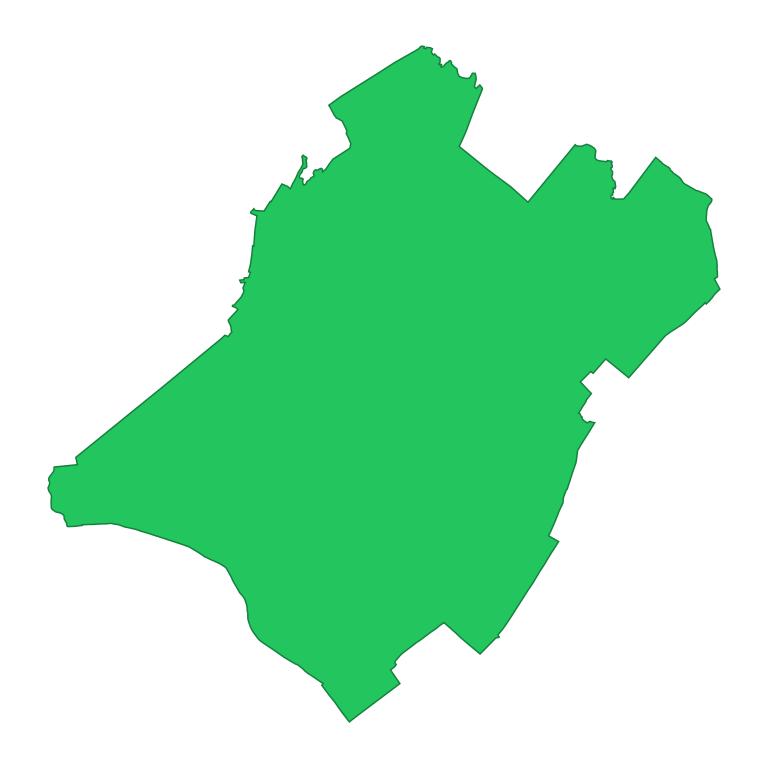 the district of Rociu, Arges, Romania
{"feature_id": "2599482B73415645943842", "entity_name": "Rociu", "entity_type": "district", "adm_level": 2, "iso_a3": "ROU", "parent_name": "Romania", "parent_adm1": "Arges", "projection": "orthographic", "projection_center": [25.019, 44.661], "detail": "fine", "context": "isolated", "style": "filled", "palette": "green", "viewbox_px": 768, "rotation_deg": 0, "n_neighbors": 0, "source": "geoboundaries", "source_scale": "gbopen_adm2", "svg_char_len": 6037}
<svg xmlns="http://www.w3.org/2000/svg" viewBox="0 0 768 768"><path d="M719.9,289.2L714.4,279.0L717.5,276.9L717.3,270.8L717.0,269.4L717.1,267.1L717.2,266.0L716.7,260.2L715.2,254.9L713.6,247.8L710.7,231.0L710.6,229.5L709.6,228.5L709.0,226.6L706.5,221.1L706.1,219.6L706.7,212.8L706.6,211.9L707.1,209.3L708.2,206.1L708.7,205.2L710.9,202.5L711.8,200.6L711.8,199.3L711.6,198.7L710.7,198.2L708.0,195.5L705.8,194.0L698.0,190.9L696.0,190.4L687.7,185.6L685.4,184.4L683.2,182.8L680.8,178.8L678.7,176.8L673.3,173.1L672.0,171.4L670.5,170.4L670.2,169.2L669.5,168.2L668.7,167.4L667.0,166.5L662.1,163.4L661.7,162.4L659.8,161.0L658.8,160.0L655.7,157.4L628.8,193.2L623.7,198.9L623.0,199.1L621.9,199.0L620.7,199.1L617.2,199.1L615.8,199.3L614.0,198.3L613.6,197.6L613.2,197.4L613.0,197.8L613.2,198.9L612.5,199.0L611.8,198.7L611.0,197.7L610.9,196.2L611.2,195.0L612.6,195.0L612.6,193.1L613.4,192.3L613.1,188.1L614.2,187.9L614.9,188.7L615.7,186.8L614.9,181.6L612.9,179.7L612.1,178.0L611.7,176.0L612.4,174.9L612.6,171.7L611.1,169.6L610.8,168.8L611.0,167.7L611.8,167.7L612.2,166.8L612.1,165.0L611.5,163.7L611.3,162.8L612.1,162.4L611.3,161.0L609.5,161.0L607.7,160.5L606.9,161.0L606.5,161.7L600.6,161.0L598.4,160.6L596.3,159.7L595.0,157.5L595.8,150.5L594.3,148.3L591.9,146.5L590.1,145.5L586.7,144.3L581.5,146.3L576.7,146.0L575.2,144.7L528.0,202.2L510.7,186.7L489.6,171.1L459.2,146.5L464.1,135.8L466.4,130.4L472.3,114.4L482.4,89.0L482.2,88.0L479.8,85.0L476.0,88.5L474.4,86.4L476.2,79.4L475.9,76.0L475.1,73.3L472.4,73.3L469.8,77.9L467.2,78.5L462.0,77.7L458.8,75.9L457.6,72.8L456.9,68.8L453.4,66.1L451.3,63.6L451.6,62.5L450.4,60.6L449.3,60.8L448.0,62.1L446.0,63.4L443.7,66.0L442.1,67.1L441.2,67.2L440.9,66.1L441.7,64.8L441.0,64.3L439.6,64.8L438.7,64.0L439.9,62.8L440.2,61.8L439.9,61.0L440.1,59.7L440.0,58.5L439.5,57.6L437.7,56.9L434.6,54.0L433.4,55.0L431.3,52.2L432.4,48.7L429.9,47.6L426.3,47.4L426.0,48.7L423.9,48.2L424.3,46.6L422.1,46.1L420.6,46.6L419.4,48.1L418.1,49.2L394.4,62.7L379.8,72.1L340.8,96.6L328.8,105.3L329.8,106.7L334.1,114.9L336.4,117.9L342.2,121.0L346.6,130.2L346.7,131.6L346.3,133.6L348.6,138.2L349.5,140.7L350.7,143.0L350.6,144.5L349.9,148.2L333.0,159.1L329.5,163.7L326.1,168.8L322.7,171.8L322.3,169.2L321.5,168.5L321.0,168.4L320.1,168.7L319.6,169.1L318.8,169.3L317.9,170.2L317.1,170.2L315.8,169.8L314.3,170.6L313.4,172.4L313.4,174.0L313.7,174.8L314.0,175.0L314.1,175.8L313.6,176.5L310.7,178.0L310.0,179.4L307.0,181.5L305.6,184.3L304.7,184.8L303.5,184.9L303.2,184.4L302.6,181.4L302.6,180.8L303.2,179.4L302.8,178.7L301.8,178.2L300.8,178.3L299.7,178.0L299.4,176.9L299.5,175.6L300.5,173.9L301.0,173.5L301.8,172.5L302.5,170.8L302.6,169.8L303.3,168.7L303.6,168.5L304.6,168.5L305.2,168.3L306.7,166.8L306.9,166.1L306.3,164.1L306.7,163.4L306.3,161.8L306.2,160.0L306.9,158.6L306.7,157.7L305.3,156.6L303.6,155.9L303.2,155.3L301.9,156.5L302.5,159.6L302.9,164.3L300.6,168.7L298.2,172.4L296.1,177.4L294.0,181.4L293.2,182.6L290.3,188.8L287.6,186.4L281.9,184.0L271.1,201.7L270.3,201.3L263.9,211.3L262.8,211.0L255.9,210.6L254.9,210.3L253.9,208.7L251.8,210.9L251.1,211.4L250.7,212.9L251.5,213.5L256.9,215.8L254.9,231.0L253.8,246.3L252.6,245.8L252.0,253.3L250.5,264.1L248.6,271.8L250.4,272.4L248.6,277.5L244.2,278.0L244.1,279.7L239.7,280.2L240.9,282.8L245.2,282.4L243.0,287.9L243.9,291.3L243.1,293.4L241.0,297.3L234.2,305.0L232.5,305.4L232.5,306.4L236.1,307.7L237.9,309.6L228.3,320.0L228.5,321.5L230.1,324.4L231.0,327.5L231.3,330.7L231.8,332.4L230.4,333.4L228.2,336.6L226.5,335.8L224.8,335.3L222.3,337.8L163.3,386.4L75.8,457.4L77.4,464.7L54.3,467.0L54.0,467.3L54.2,469.3L53.8,470.7L53.2,471.9L49.2,477.3L48.8,478.4L48.8,480.4L49.8,482.6L49.3,484.9L48.1,487.7L48.1,488.5L48.9,491.1L51.2,494.7L51.5,497.2L51.1,500.7L51.3,507.6L51.7,508.7L52.4,509.6L55.8,511.9L60.1,512.9L61.8,513.7L62.9,514.5L63.6,515.2L64.1,516.1L64.1,517.7L64.4,519.3L66.7,523.5L67.1,526.2L68.1,526.6L75.2,526.3L82.2,525.4L82.3,524.9L82.8,524.6L83.4,524.8L83.8,524.6L86.6,524.6L89.4,524.4L91.2,524.5L99.2,524.0L108.2,523.7L109.0,523.4L111.9,523.5L113.9,524.0L118.5,524.7L121.7,525.8L123.3,526.5L125.4,527.1L128.6,527.7L136.3,529.5L140.7,531.1L147.5,533.1L179.8,543.6L189.0,546.8L198.0,552.2L203.2,555.6L203.7,556.2L204.4,556.7L205.1,556.8L210.7,559.6L218.0,562.8L220.8,564.3L224.9,566.9L226.2,568.2L227.0,569.4L231.5,577.6L232.5,580.0L233.8,582.5L234.9,584.3L239.9,593.0L242.2,595.4L244.6,598.9L246.8,605.1L246.8,605.6L247.2,608.2L247.2,610.1L247.8,613.3L247.9,618.9L248.8,622.3L250.5,627.0L251.6,629.5L253.7,632.8L258.1,638.7L260.1,640.7L264.1,643.6L274.3,650.4L284.2,657.3L290.9,661.4L295.7,664.1L297.7,664.8L302.9,668.9L304.9,671.0L308.1,673.5L310.3,674.8L323.0,683.5L321.8,685.3L329.1,695.1L334.6,701.9L341.7,712.0L349.3,721.9L358.3,714.9L399.9,683.6L390.5,670.0L394.7,666.7L396.2,664.6L394.9,662.6L395.0,661.4L400.3,655.3L402.5,653.2L404.4,651.7L406.6,650.2L417.1,642.1L419.6,640.6L430.5,632.4L436.0,628.6L439.2,625.9L443.0,623.3L443.6,623.1L444.0,622.6L455.7,632.9L460.4,637.4L468.1,644.0L480.1,654.0L495.6,638.2L497.0,637.6L498.9,637.5L499.2,637.0L498.1,635.5L498.1,634.8L503.7,627.8L509.1,619.9L528.5,589.5L533.3,582.4L539.9,571.3L544.1,564.9L551.1,553.2L553.1,550.3L558.6,541.6L548.5,535.8L550.4,532.1L555.4,520.7L559.3,510.7L562.9,503.2L563.4,497.8L565.9,490.8L566.7,489.3L567.2,489.2L572.7,472.0L575.9,462.9L576.5,459.6L577.6,450.3L579.4,447.6L579.9,446.4L588.1,433.5L594.7,422.7L593.9,422.7L593.1,422.3L592.4,422.4L591.5,421.9L590.5,421.7L590.0,421.4L589.5,421.4L589.3,421.7L588.5,422.1L588.3,422.5L588.0,422.6L586.6,422.7L586.3,422.5L586.2,422.1L585.1,421.4L584.1,421.0L583.5,420.0L583.0,419.9L582.5,419.4L582.3,418.9L582.0,418.5L581.9,418.0L582.2,417.7L582.2,417.3L581.2,416.3L579.8,413.5L579.2,413.1L578.6,413.1L586.1,401.2L586.1,400.3L591.4,393.5L586.6,388.6L582.4,384.0L580.3,381.9L590.7,371.5L593.1,373.3L605.7,359.0L611.0,363.2L628.7,377.7L664.2,337.0L666.1,335.1L670.0,332.3L682.7,324.1L685.5,321.9L695.7,311.6L703.2,304.8L705.2,302.7L706.2,304.0L710.1,300.3L710.5,299.4L711.6,298.5L714.0,295.1L715.6,293.3L719.9,289.2Z" fill="#22c55e" stroke="#15803d" stroke-width="1.5"/></svg>